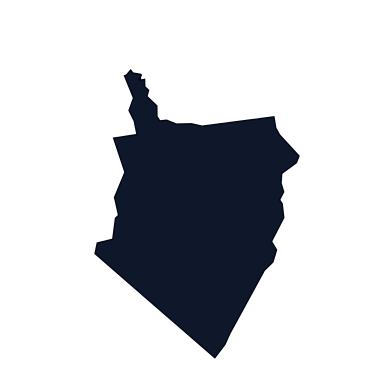 outline of Moore, North Carolina, United States of America, rotated 222°
{"feature_id": "52423323B34987104881159", "entity_name": "Moore", "entity_type": "district", "adm_level": 2, "iso_a3": "USA", "parent_name": "United States of America", "parent_adm1": "North Carolina", "projection": "orthographic", "projection_center": [-79.387, 35.281], "detail": "fine", "context": "isolated", "style": "filled", "palette": "ink", "viewbox_px": 384, "rotation_deg": 222, "n_neighbors": 0, "source": "geoboundaries", "source_scale": "gbopen_adm2", "svg_char_len": 1040}
<svg xmlns="http://www.w3.org/2000/svg" viewBox="0 0 384 384"><g transform="rotate(222 192 192)"><path d="M64.2,84.2L65.6,100.8L69.1,111.6L85.9,182.3L85.1,194.1L90.5,205.5L99.9,208.4L106.7,234.3L117.1,243.5L121.7,244.7L121.9,244.9L122.0,245.2L121.9,245.4L121.9,245.7L122.1,245.8L122.2,246.5L124.0,253.4L131.8,258.1L137.8,265.8L134.1,283.7L136.7,290.3L165.2,293.0L172.6,295.5L181.4,302.6L201.7,278.9L201.9,278.7L202.5,278.0L228.5,247.6L238.0,242.3L249.1,231.9L258.9,228.3L263.5,223.2L268.7,224.7L275.8,232.4L289.5,232.8L292.4,238.5L297.6,238.6L302.6,243.9L305.7,239.9L306.1,240.1L306.3,240.5L306.5,240.6L306.9,241.0L306.3,241.5L306.2,241.7L306.8,242.4L307.5,242.8L307.7,244.5L307.8,244.7L308.2,245.0L308.8,245.1L315.5,240.8L319.1,241.5L318.9,235.2L319.8,233.2L298.3,222.8L293.3,210.5L282.4,206.2L271.2,197.9L286.2,179.6L255.0,161.9L245.9,136.2L230.9,125.6L231.3,121.4L219.2,103.9L228.2,90.7L222.8,81.4L210.9,81.6L210.7,81.6L150.9,82.6L146.8,82.7L144.7,82.7L80.7,83.9L64.2,84.2Z" fill="#0f172a" stroke="#020617" stroke-width="1.5"/></g></svg>